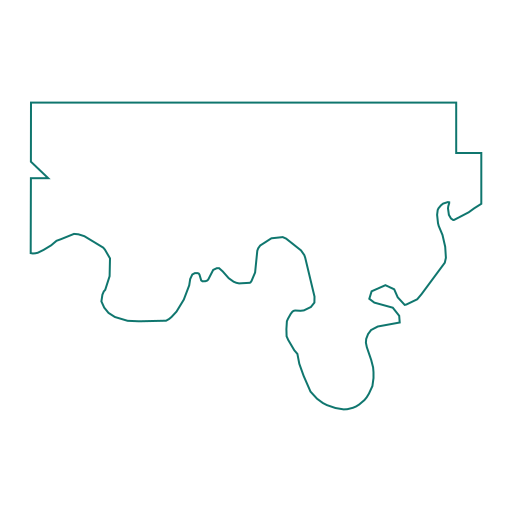 Love, Oklahoma, United States of America (Mercator projection)
{"feature_id": "52423323B82795635342125", "entity_name": "Love", "entity_type": "district", "adm_level": 2, "iso_a3": "USA", "parent_name": "United States of America", "parent_adm1": "Oklahoma", "projection": "mercator", "projection_center": [-97.211, 33.894], "detail": "fine", "context": "isolated", "style": "outline", "palette": "teal", "viewbox_px": 512, "rotation_deg": 0, "n_neighbors": 0, "source": "geoboundaries", "source_scale": "gbopen_adm2", "svg_char_len": 1911}
<svg xmlns="http://www.w3.org/2000/svg" viewBox="0 0 512 512"><path d="M456.2,102.6L31.0,102.6L30.9,161.7L48.2,178.2L30.9,178.2L30.7,253.1L32.8,253.5L35.2,253.3L37.7,252.8L43.6,249.9L51.2,245.3L56.5,240.8L60.9,239.2L74.0,233.9L78.4,234.3L84.4,236.2L86.2,237.3L103.2,247.6L104.9,249.6L110.0,258.4L109.6,276.2L105.2,289.9L103.8,291.4L102.4,294.7L101.4,301.4L104.2,307.6L108.5,312.9L114.9,317.0L127.6,320.8L139.2,321.3L166.1,320.7L169.1,319.0L171.5,317.0L176.5,311.6L183.8,299.6L189.2,285.4L190.2,279.0L192.3,274.5L194.9,273.1L197.6,273.1L198.8,273.6L199.5,274.7L201.2,280.4L202.5,281.3L205.5,281.2L207.1,280.6L208.2,279.6L213.2,269.9L216.8,268.2L219.1,268.2L222.7,271.4L228.7,278.2L233.6,281.7L236.3,282.8L239.1,283.4L249.8,282.8L250.5,282.4L251.5,281.0L255.1,272.5L257.3,250.7L258.2,248.3L260.2,245.5L271.4,238.3L282.7,237.1L286.1,238.6L301.0,250.4L304.3,255.1L305.2,257.7L314.5,296.6L314.4,302.6L310.9,307.0L303.9,310.4L300.4,310.8L295.1,310.5L293.5,310.9L292.3,311.8L290.7,313.9L288.0,318.7L286.9,321.2L286.4,329.1L286.6,336.3L288.2,339.9L294.3,350.3L297.4,353.9L299.3,363.8L303.6,375.8L310.5,391.6L317.0,398.7L322.8,403.0L326.9,405.1L335.4,408.0L343.7,409.4L347.3,409.2L352.9,407.8L356.0,406.5L359.2,404.5L364.5,400.0L366.7,397.3L368.9,393.7L372.4,386.1L373.5,378.1L373.5,372.2L373.1,367.4L371.2,360.0L366.8,347.1L365.9,342.7L366.2,338.9L368.1,334.0L371.1,330.0L377.8,326.5L385.5,325.1L399.7,322.5L399.2,315.8L392.8,307.7L374.3,302.6L369.3,298.8L371.6,291.3L385.4,285.2L394.2,289.3L397.7,297.3L404.7,304.9L406.4,304.5L417.2,299.3L421.5,294.2L444.8,262.7L445.9,257.8L445.2,246.8L442.5,235.0L438.7,225.9L438.0,223.2L437.1,214.8L437.7,210.0L438.5,208.3L441.0,205.3L443.1,203.6L447.8,202.1L449.2,202.3L449.2,203.2L448.3,206.1L448.0,208.4L448.9,214.9L451.0,218.5L453.2,220.0L454.1,219.9L468.7,212.3L474.2,208.3L481.3,203.8L481.3,153.0L456.2,153.0L456.2,102.6Z" fill="none" stroke="#0f766e" stroke-width="2"/></svg>